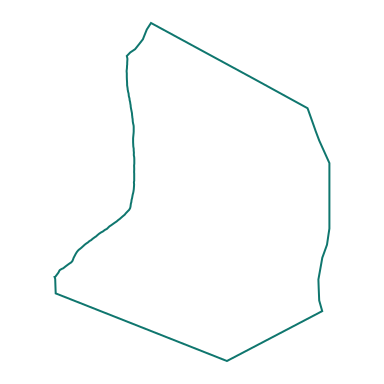 outline of Trois Piton, Castries, Saint Lucia
{"feature_id": "8701671B60571960824161", "entity_name": "Trois Piton", "entity_type": "district", "adm_level": 2, "iso_a3": "LCA", "parent_name": "Saint Lucia", "parent_adm1": "Castries", "projection": "albers", "projection_center": [-60.974, 13.989], "detail": "fine", "context": "isolated", "style": "outline", "palette": "teal", "viewbox_px": 384, "rotation_deg": 0, "n_neighbors": 0, "source": "geoboundaries", "source_scale": "gbopen_adm2", "svg_char_len": 2359}
<svg xmlns="http://www.w3.org/2000/svg" viewBox="0 0 384 384"><path d="M151.0,23.0L146.8,29.5L144.0,36.5L142.9,39.3L138.6,44.8L135.1,49.2L132.1,51.2L130.3,52.4L127.7,55.1L126.8,56.0L127.3,58.1L127.4,58.8L127.4,59.4L127.2,62.6L127.2,64.5L127.0,65.9L127.0,66.7L126.9,68.5L126.6,71.1L126.7,72.3L126.8,73.3L126.8,74.7L126.8,75.3L126.8,76.9L126.9,79.7L127.0,81.2L127.1,83.3L127.1,85.2L127.5,87.7L127.6,88.4L127.7,89.8L127.9,90.4L128.0,91.3L128.6,93.6L128.8,96.0L129.2,97.5L129.4,98.1L129.5,98.7L129.6,100.0L130.1,102.0L130.4,104.2L130.6,105.0L130.7,106.6L130.9,107.9L131.4,110.4L131.7,111.9L131.9,112.9L132.0,113.6L132.1,115.4L132.3,116.7L132.3,117.3L132.4,117.8L132.6,118.9L132.8,121.7L133.1,123.4L133.5,125.1L133.6,125.6L133.7,126.8L133.7,127.7L133.7,128.6L133.7,130.2L133.7,130.9L133.7,131.6L133.6,133.1L133.4,135.1L133.1,138.3L133.1,140.1L133.1,142.2L133.3,146.4L133.6,148.2L133.7,148.7L133.7,150.5L133.9,152.6L133.8,155.1L134.2,157.2L134.3,159.1L134.3,160.2L134.3,162.4L134.3,163.8L134.1,165.4L134.2,168.4L134.2,169.4L134.1,172.3L134.2,173.5L134.2,174.0L134.2,176.1L134.2,177.2L134.2,178.7L134.2,180.8L133.9,182.2L134.1,184.5L134.0,186.3L133.8,189.0L133.7,189.9L133.4,191.8L133.1,193.2L132.8,194.2L132.6,195.1L132.1,198.0L131.6,199.8L131.3,202.2L130.9,203.5L130.6,205.6L130.5,206.6L130.1,208.2L129.1,209.9L127.8,211.2L125.6,213.5L124.8,214.6L123.0,216.1L122.5,216.5L121.5,217.4L120.8,218.0L119.7,219.0L118.4,219.9L116.7,221.4L115.2,222.4L114.6,222.8L113.2,223.8L111.8,224.8L111.1,225.3L109.4,226.4L107.4,228.4L106.9,228.9L106.5,229.1L104.9,229.9L102.7,231.6L101.4,232.2L101.1,232.4L99.0,233.8L98.2,234.5L97.7,234.9L96.6,235.9L96.1,236.4L95.1,237.0L92.5,238.9L91.2,240.1L89.4,241.1L88.1,242.3L86.0,243.7L84.6,244.8L83.0,246.3L82.4,246.8L81.7,247.5L79.6,249.2L79.0,249.6L78.6,250.0L77.9,250.7L76.8,252.1L75.7,253.9L74.6,256.0L73.6,257.9L73.3,258.8L72.9,259.8L72.4,261.0L71.2,262.4L70.1,263.1L68.5,264.2L66.9,265.4L65.3,266.6L64.7,267.1L63.2,268.3L62.2,268.7L61.4,269.1L60.1,269.9L59.7,270.2L59.1,271.2L58.5,272.5L55.2,276.9L54.6,277.0L55.2,278.9L55.4,285.1L55.7,293.4L226.9,361.0L322.2,311.1L319.2,300.5L318.7,288.2L318.4,279.5L320.6,267.3L322.3,257.7L323.2,255.3L327.0,244.7L328.6,233.8L329.4,228.6L329.4,196.2L329.4,163.1L319.2,140.5L315.4,130.4L315.3,130.0L308.2,110.0L307.5,108.2L255.5,79.7L151.0,23.0Z" fill="none" stroke="#0f766e" stroke-width="2"/></svg>